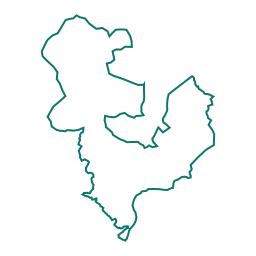 Steni, Paphos, Cyprus
{"feature_id": "46923920B12121468549379", "entity_name": "Steni", "entity_type": "district", "adm_level": 2, "iso_a3": "CYP", "parent_name": "Cyprus", "parent_adm1": "Paphos", "projection": "orthographic", "projection_center": [32.467, 35.005], "detail": "fine", "context": "isolated", "style": "outline", "palette": "teal", "viewbox_px": 256, "rotation_deg": 0, "n_neighbors": 0, "source": "geoboundaries", "source_scale": "gbopen_adm2", "svg_char_len": 3505}
<svg xmlns="http://www.w3.org/2000/svg" viewBox="0 0 256 256"><path d="M192.0,76.2L173.5,90.4L168.6,94.3L167.4,100.1L167.1,104.8L167.2,107.5L167.2,110.6L166.0,113.0L164.9,115.6L162.8,118.7L163.4,122.4L166.3,124.5L169.6,127.7L167.2,129.4L163.0,132.4L158.3,127.4L154.1,136.3L152.3,138.8L152.9,141.5L157.1,146.2L152.4,147.1L149.0,145.4L147.2,146.9L144.6,148.0L143.3,145.4L140.1,143.8L137.9,141.9L132.1,142.0L127.0,142.2L124.1,140.7L120.7,139.5L116.9,137.4L113.0,134.9L112.1,132.4L108.4,129.1L106.0,127.2L105.6,123.9L104.6,120.3L105.1,115.9L109.1,116.8L114.5,117.3L117.4,116.0L120.0,114.1L124.7,112.9L128.3,115.7L133.9,117.7L136.3,115.9L140.6,115.8L143.5,115.1L141.4,111.9L141.4,105.7L143.9,100.7L144.2,96.9L144.0,89.8L144.0,84.3L143.7,84.8L138.0,84.9L132.3,82.7L122.5,78.8L114.3,76.1L109.2,73.6L106.8,63.5L110.9,62.5L114.3,59.6L112.6,51.3L116.2,49.4L120.9,49.6L125.1,46.7L131.8,46.9L131.6,41.0L130.0,35.7L126.4,29.7L120.4,29.4L115.6,29.8L112.6,32.8L109.5,36.3L107.6,31.3L102.3,28.0L96.3,28.8L89.1,23.5L85.2,18.5L79.7,17.2L76.5,15.4L73.3,18.4L69.0,19.0L65.5,20.2L57.8,33.2L52.6,35.4L47.8,39.6L46.1,42.3L41.8,51.3L42.6,56.2L47.7,61.4L53.7,67.0L57.4,72.2L56.8,79.1L59.8,83.5L62.3,90.2L65.4,96.1L60.1,101.0L53.3,106.6L47.6,116.8L50.8,121.6L51.7,126.5L56.9,130.1L57.7,130.1L59.6,130.8L62.0,130.8L65.0,131.3L67.3,130.1L70.1,130.3L73.3,130.7L76.5,130.2L78.0,130.1L83.4,127.8L83.3,130.5L82.9,132.3L81.2,132.8L80.1,134.5L80.2,136.7L79.3,138.8L80.1,139.7L78.4,144.3L81.5,146.3L78.8,150.7L79.6,153.5L80.3,155.7L79.9,157.0L81.7,160.8L84.6,159.3L88.0,161.1L89.0,162.3L87.5,165.3L86.0,167.8L86.0,169.3L86.1,171.1L88.3,173.3L90.4,172.7L91.9,173.0L93.4,174.8L93.5,176.9L92.2,177.4L91.4,178.9L91.9,181.6L92.6,183.7L93.5,184.9L93.4,186.2L92.8,187.5L93.3,188.9L91.8,190.3L90.6,191.7L90.1,193.2L88.3,193.2L86.8,192.7L85.6,193.0L83.8,193.0L83.4,194.2L82.7,194.5L85.3,195.9L87.9,196.4L89.1,197.1L89.8,197.7L90.6,197.8L91.6,197.6L92.1,199.6L94.0,199.4L95.6,198.5L96.4,198.4L96.5,200.0L95.6,201.1L96.3,202.3L98.5,203.5L99.8,204.5L100.4,206.3L101.7,206.8L102.0,206.9L103.4,208.0L102.6,209.6L103.0,210.8L104.1,211.6L105.2,212.9L106.0,213.6L106.7,213.8L107.6,215.4L108.9,216.0L109.9,216.9L111.4,219.0L111.9,220.1L113.6,219.5L115.2,218.9L116.0,219.7L116.2,221.6L115.6,223.0L114.3,224.3L114.4,224.9L116.0,226.3L117.3,227.5L118.4,228.2L119.2,227.6L120.2,228.3L121.0,228.5L122.7,227.9L123.4,226.8L124.7,226.5L127.0,226.3L128.1,226.4L128.1,228.0L126.8,228.3L125.1,229.6L123.6,230.7L122.8,232.0L121.0,233.1L118.4,235.1L118.8,237.5L120.3,238.1L122.2,239.4L124.0,240.0L125.2,240.6L126.9,238.5L128.2,234.5L129.0,231.1L130.2,228.7L132.6,226.1L134.2,224.1L135.9,220.2L136.4,217.1L135.5,212.6L133.7,209.5L132.5,205.4L133.8,200.3L135.0,197.6L136.6,195.4L140.6,193.3L141.6,191.5L146.3,190.8L148.5,189.0L152.1,189.0L155.0,189.0L159.5,189.2L163.9,189.8L167.5,190.0L169.0,189.1L171.6,188.1L172.9,188.0L173.2,186.5L173.4,183.3L174.4,180.9L177.8,179.6L182.0,177.0L184.6,176.7L186.5,177.0L188.0,178.1L189.5,177.7L190.7,177.4L190.7,175.5L189.9,174.3L189.6,171.7L191.1,170.6L191.7,168.7L191.0,166.6L190.6,165.0L199.3,156.0L205.8,150.0L213.8,145.0L214.2,134.2L212.4,130.0L208.6,124.8L211.1,120.3L208.1,118.0L207.5,115.5L206.5,113.6L206.5,111.4L207.9,110.5L208.6,108.6L208.1,106.1L210.9,104.9L212.4,104.6L211.6,101.0L210.6,99.1L213.3,96.6L209.3,94.5L207.6,94.1L204.7,93.8L203.5,91.9L200.8,90.1L198.8,88.8L198.2,86.8L198.0,87.0L197.2,86.8L195.4,84.6L195.1,81.9L194.0,79.9L194.0,77.9L192.9,76.7L192.0,76.2Z" fill="none" stroke="#0f766e" stroke-width="2"/></svg>